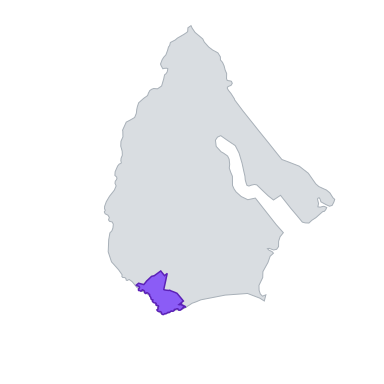 Dagana, Saint-Louis, Senegal (highlighted), rotated 231°
{"feature_id": "50182788B94177495754038", "entity_name": "Dagana", "entity_type": "district", "adm_level": 2, "iso_a3": "SEN", "parent_name": "Senegal", "parent_adm1": "Saint-Louis", "projection": "natural_earth1", "projection_center": [-16.074, 16.26], "detail": "fine", "context": "in_parent", "style": "filled", "palette": "violet", "viewbox_px": 384, "rotation_deg": 231, "n_neighbors": 0, "source": "geoboundaries", "source_scale": "gbopen_adm2", "svg_char_len": 7232}
<svg xmlns="http://www.w3.org/2000/svg" viewBox="0 0 384 384"><g transform="rotate(231 192 192)"><path d="M283.7,176.9L287.7,184.9L286.9,188.7L286.0,194.3L288.2,198.3L290.9,201.0L292.8,203.4L294.9,206.7L295.2,213.4L294.9,218.2L296.3,220.4L297.4,223.1L297.2,225.4L296.5,227.4L293.9,230.1L293.5,235.1L297.7,241.2L300.3,244.4L300.3,246.3L301.0,248.4L303.0,250.8L304.2,250.2L305.5,248.3L306.1,246.9L309.6,247.5L311.3,248.1L313.6,252.1L314.5,254.7L315.0,258.0L317.4,262.1L319.5,265.0L319.9,266.8L321.8,269.3L320.7,274.7L320.8,277.5L319.6,284.9L319.3,288.3L319.4,289.6L322.2,292.2L321.9,295.9L319.1,295.2L314.1,294.8L304.2,296.7L300.8,295.9L294.3,296.2L289.6,297.3L283.8,299.7L279.2,299.1L276.7,297.2L273.5,297.3L269.8,296.3L265.9,294.5L262.3,293.5L258.4,290.2L256.6,289.6L255.4,290.5L254.3,291.6L253.2,292.3L251.1,291.7L250.3,289.4L251.0,287.2L251.2,285.5L250.2,284.6L247.8,284.3L244.0,284.3L237.9,283.6L236.5,283.1L222.8,282.6L208.6,282.5L196.5,282.4L181.3,282.4L170.7,282.3L160.7,282.3L153.0,286.8L144.6,291.6L133.4,294.2L120.5,293.3L116.4,294.0L112.1,296.1L109.0,297.7L104.6,298.6L98.8,297.9L96.5,298.3L95.0,296.1L93.4,292.5L94.4,289.9L97.9,288.2L103.2,286.0L106.0,287.1L107.6,287.2L107.9,285.7L107.4,285.0L103.4,283.1L101.3,280.5L99.6,282.0L98.2,285.1L96.9,286.1L95.1,286.9L94.1,284.8L93.7,282.7L94.5,281.2L94.1,272.2L94.6,267.4L94.3,263.3L96.8,260.5L99.2,258.8L108.4,258.7L117.0,258.5L125.2,258.6L133.7,258.7L134.5,250.3L137.1,249.7L141.1,248.8L148.6,247.8L156.8,246.8L158.6,245.2L160.0,242.4L160.8,240.0L162.5,238.9L164.9,239.7L167.9,241.0L171.0,243.1L174.7,244.9L177.1,246.1L182.8,249.0L192.7,253.1L200.8,254.8L210.6,251.8L217.7,249.8L218.6,246.3L217.5,242.8L212.2,239.5L205.0,239.9L202.8,240.8L199.5,241.8L197.5,242.3L194.1,241.5L189.8,238.7L187.1,236.0L183.3,234.6L178.8,233.3L171.6,227.6L167.9,226.6L164.3,226.3L157.5,227.4L150.9,230.5L147.4,237.4L140.7,237.3L126.6,237.1L113.6,236.9L102.9,237.4L101.8,232.3L99.2,228.3L95.1,224.9L94.2,221.7L95.6,218.9L99.6,216.6L100.5,215.0L98.4,215.2L95.3,216.7L93.2,216.8L92.9,212.3L89.4,206.6L85.5,197.0L81.0,193.1L77.3,185.3L73.4,182.3L69.8,180.9L66.7,181.2L65.6,184.7L61.8,179.6L67.0,177.8L78.2,171.3L91.0,152.9L102.6,131.1L104.1,126.0L105.5,122.0L106.4,113.1L108.0,107.8L109.6,106.8L111.5,102.7L113.9,95.6L116.6,91.6L119.5,90.9L121.9,91.2L123.5,92.7L128.4,93.6L136.4,93.9L142.6,92.9L147.0,90.4L152.7,89.1L159.9,89.1L163.6,88.1L164.0,86.0L164.9,85.4L166.4,86.2L167.8,85.9L169.1,84.4L170.4,84.3L171.7,85.6L177.7,86.0L188.4,85.5L198.2,89.2L207.3,97.2L211.9,102.5L212.2,105.2L213.8,107.9L216.5,110.6L218.9,111.1L221.2,109.4L222.9,109.6L224.2,111.7L226.8,112.1L229.7,110.8L231.7,111.3L232.1,112.5L232.5,113.2L233.9,113.4L235.8,115.0L238.4,119.3L240.6,125.2L242.3,132.8L244.5,136.9L247.2,137.6L248.7,139.2L249.1,141.0L249.8,142.2L251.1,142.9L253.4,142.5L256.1,145.0L259.0,150.6L259.5,153.1L259.0,154.5L259.2,155.5L261.1,156.4L262.9,158.2L264.4,161.0L267.6,163.4L272.5,165.5L276.1,168.7L278.3,173.0L282.8,176.5L283.7,176.9Z" fill="#d9dde1" stroke="#a8b0b8" stroke-width="1"/><path d="M154.7,90.2L154.5,90.3L154.3,90.3L153.9,90.2L153.7,90.2L153.1,90.7L152.9,90.9L152.3,91.3L152.1,91.4L151.9,91.4L151.7,91.4L151.4,91.4L151.2,91.2L150.9,91.1L150.7,91.0L150.7,90.9L150.5,90.6L150.5,90.2L150.4,90.1L150.4,89.9L150.3,89.5L150.2,89.4L150.0,89.1L149.8,88.9L149.6,88.7L149.4,88.7L149.0,88.6L148.9,88.7L148.7,88.9L148.5,89.2L148.4,89.3L147.5,89.6L147.3,89.7L147.2,89.8L147.0,90.0L146.9,90.5L146.9,90.9L146.9,91.1L147.0,91.2L147.2,91.6L147.3,91.7L147.3,91.8L147.2,92.0L146.6,92.2L146.5,92.3L146.1,92.4L145.9,92.5L145.7,92.6L145.4,92.6L145.2,92.6L144.6,92.5L144.4,92.4L144.1,92.2L143.9,92.1L143.7,92.0L143.6,91.8L143.4,91.8L143.1,91.9L142.6,91.9L142.4,92.0L142.2,92.2L142.1,92.3L142.1,92.5L142.3,93.1L142.3,93.3L142.2,93.5L141.9,93.8L141.5,94.0L141.1,94.1L140.6,94.2L139.9,94.2L139.6,94.3L139.4,94.4L139.4,94.5L139.2,94.6L138.9,94.5L138.5,94.2L138.4,94.1L138.2,94.0L137.9,93.8L137.7,93.7L137.1,93.7L136.5,93.7L136.3,93.6L136.2,93.6L135.8,93.5L135.6,93.4L135.1,93.1L134.8,92.9L134.7,92.9L134.3,92.8L134.1,92.9L133.7,93.0L132.9,93.6L132.7,93.7L132.5,93.4L132.5,93.0L132.5,92.8L132.4,92.7L132.1,92.5L131.9,92.5L131.6,92.4L131.4,92.4L131.1,92.4L130.6,92.6L130.3,92.6L130.2,92.6L129.8,92.9L129.5,93.0L129.4,93.1L129.1,93.4L128.9,93.7L128.5,93.9L128.3,94.0L128.2,94.0L127.9,94.0L127.8,93.9L127.8,93.7L127.7,93.6L127.4,93.4L127.2,93.3L127.2,93.2L126.9,93.1L126.7,93.0L126.5,92.9L126.4,93.0L125.9,93.4L125.5,93.9L125.2,94.0L124.9,94.2L124.6,94.2L124.3,94.1L124.2,94.0L124.0,93.6L123.8,93.3L123.6,93.0L123.4,92.7L123.2,92.6L123.0,92.4L122.7,92.3L122.5,92.1L122.4,92.0L122.4,91.9L122.4,91.5L122.5,91.4L122.5,91.5L122.5,91.4L122.5,91.2L122.4,90.9L122.3,90.7L122.1,90.4L121.8,90.4L121.5,90.4L121.4,90.4L121.1,90.5L120.9,90.5L120.6,90.6L120.2,90.8L119.8,91.3L119.6,91.5L119.4,91.8L119.1,91.9L119.0,92.0L118.9,92.0L118.7,92.3L118.2,92.3L117.8,92.4L117.6,92.4L117.4,92.3L116.9,92.0L116.3,91.8L116.2,91.8L115.9,91.9L115.7,91.9L115.3,92.1L115.1,92.3L114.9,92.4L114.8,92.6L114.7,92.9L114.6,93.0L114.6,93.3L114.7,93.8L114.7,94.0L114.6,94.3L114.5,94.5L114.4,94.5L114.0,94.7L113.9,94.9L113.8,95.0L113.7,95.4L113.6,96.3L113.6,96.6L113.6,97.1L113.6,97.4L113.6,97.6L113.5,97.8L113.4,97.8L113.1,97.8L112.9,97.9L112.8,98.1L112.7,98.3L112.6,98.7L112.6,99.0L112.6,99.5L112.6,100.0L112.7,100.4L112.7,100.5L112.6,100.9L112.4,101.0L112.2,101.3L112.0,101.5L111.9,101.5L111.9,101.4L111.8,101.5L111.7,101.6L111.5,102.0L111.4,102.1L111.3,102.4L111.2,102.5L111.2,102.8L111.1,103.2L111.2,103.4L111.2,103.5L111.3,103.5L111.5,103.8L111.6,104.1L111.8,104.4L111.7,104.6L111.6,104.8L111.3,105.1L111.2,105.3L111.1,105.5L111.0,106.2L110.9,106.5L110.7,106.8L110.5,107.1L110.4,107.2L110.3,107.4L110.1,107.5L109.9,107.5L109.7,107.5L109.6,107.4L109.3,107.2L109.2,107.2L108.8,107.3L108.7,107.3L108.4,107.5L108.1,107.8L108.0,108.0L107.9,108.1L107.7,108.4L107.6,108.5L107.5,108.8L107.5,109.0L107.5,109.3L107.5,109.5L107.4,109.8L107.5,109.9L107.5,110.0L107.6,110.3L107.5,110.6L107.5,111.2L107.5,111.3L107.6,111.5L107.5,111.9L107.4,111.9L107.4,112.1L107.5,112.3L107.9,112.5L108.0,112.6L108.0,112.8L107.9,112.9L107.8,113.0L107.6,113.1L107.5,113.3L107.4,113.4L107.3,113.7L107.3,113.8L107.2,113.9L107.2,114.0L106.9,114.2L106.8,114.3L106.7,114.5L107.1,114.7L107.3,114.6L107.6,114.6L107.8,114.5L107.9,114.4L108.1,114.2L108.3,114.3L108.5,114.2L108.8,114.0L109.1,114.0L109.3,113.9L109.5,113.6L109.9,113.3L110.1,113.1L110.4,113.1L110.6,113.1L110.8,112.9L111.1,112.8L111.2,112.7L111.4,112.8L111.3,113.0L111.2,113.1L111.3,113.3L111.3,113.5L111.5,113.5L111.7,113.3L111.7,113.1L111.9,112.9L112.0,112.6L112.0,111.9L112.1,111.6L112.2,111.4L112.7,111.0L112.7,112.0L112.7,114.8L112.7,116.0L112.7,116.7L113.0,116.7L114.5,116.7L115.8,116.7L122.7,116.6L123.1,116.4L124.3,115.8L126.6,114.5L126.8,114.4L127.4,114.0L128.3,113.5L128.9,113.2L129.7,112.9L130.0,112.1L132.0,110.1L132.9,109.3L133.7,108.8L133.9,108.7L134.0,108.7L140.9,117.3L141.5,117.9L142.0,118.6L142.7,119.5L143.5,120.4L144.2,121.4L144.3,121.6L144.3,120.1L144.3,119.6L144.3,119.4L144.3,119.2L144.3,118.0L150.3,118.0L150.7,110.0L151.9,107.5L151.4,101.2L151.4,100.6L151.2,100.0L150.7,97.8L150.4,96.3L152.5,94.7L154.7,93.1L154.7,92.2L154.7,91.1L154.7,90.2Z" fill="#8b5cf6" stroke="#5b21b6" stroke-width="1.5"/></g></svg>